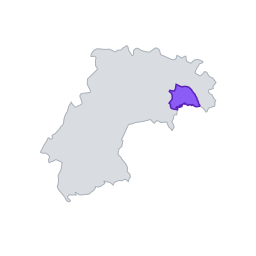 location of Macenta within Guinea, rotated 295°
{"feature_id": "GIN-5651", "entity_name": "Macenta", "entity_type": "Prefecture", "adm_level": 1, "iso_a3": "GIN", "parent_name": "Guinea", "parent_adm1": "", "projection": "mercator", "projection_center": [-9.497, 8.422], "detail": "fine", "context": "in_parent", "style": "filled", "palette": "violet", "viewbox_px": 256, "rotation_deg": 295, "n_neighbors": 0, "source": "natural_earth", "source_scale": "10m", "svg_char_len": 5156}
<svg xmlns="http://www.w3.org/2000/svg" viewBox="0 0 256 256"><g transform="rotate(295 128 128)"><path d="M155.0,165.2L153.1,165.0L152.3,165.3L149.7,168.3L148.2,169.5L145.8,169.1L145.0,169.3L144.3,169.0L145.2,167.4L146.4,164.1L149.6,160.8L149.6,160.1L148.3,158.2L147.0,155.6L147.0,152.7L146.7,150.7L144.0,150.1L143.5,149.8L143.4,149.1L144.9,145.6L145.1,144.9L144.9,144.3L143.2,142.5L140.5,139.1L136.0,132.3L134.3,130.9L132.6,128.8L132.0,127.5L130.3,127.0L114.4,127.1L114.1,128.9L108.6,130.1L105.2,128.7L101.5,129.5L99.7,130.4L98.2,134.4L97.4,135.2L96.6,137.0L95.9,138.0L95.1,140.0L93.3,142.8L91.4,144.6L88.2,145.6L87.2,148.5L86.5,149.6L85.3,150.4L84.0,151.0L81.4,150.4L79.9,151.0L79.6,150.2L80.5,147.9L79.8,146.7L77.3,144.3L77.1,143.1L76.3,141.6L73.0,138.5L69.9,138.7L70.8,136.0L70.8,132.6L69.7,130.7L70.0,128.7L69.4,128.8L68.4,130.2L66.7,129.8L63.4,127.7L61.7,125.7L61.5,124.0L61.1,123.3L60.1,123.7L58.0,123.6L51.6,120.6L47.0,112.9L46.9,111.2L47.6,108.2L47.4,107.4L45.3,109.4L44.9,108.1L43.3,105.0L42.9,103.2L41.3,102.5L40.1,102.3L39.1,102.9L37.9,106.5L37.0,106.5L36.0,105.7L36.2,103.0L38.7,99.7L42.8,91.2L44.3,89.2L45.2,88.6L47.1,88.5L50.9,87.3L55.6,84.7L59.2,84.9L63.4,84.6L68.9,82.8L69.0,77.0L68.8,75.8L66.8,74.6L65.7,73.6L64.7,72.4L63.5,71.5L63.6,70.5L66.0,69.3L68.2,69.3L69.0,68.8L69.5,68.0L70.2,66.0L70.4,63.8L68.9,60.9L69.0,58.8L77.1,59.1L81.5,59.7L85.1,59.8L85.7,60.3L85.2,62.3L85.7,63.5L86.9,63.8L88.9,62.4L90.0,62.7L92.3,64.5L94.4,65.0L96.7,65.9L98.8,66.4L100.8,66.4L102.2,67.3L104.9,67.6L108.4,66.4L111.1,65.8L115.0,65.7L117.0,66.1L122.8,65.1L127.4,65.7L126.7,66.4L124.6,70.9L124.8,71.8L129.5,75.6L130.6,75.9L131.9,75.4L133.9,73.6L135.5,71.7L137.0,70.7L138.8,70.8L140.2,72.1L143.6,77.9L144.4,78.6L145.2,78.6L146.7,77.5L147.4,76.3L150.5,72.5L155.3,70.6L166.6,74.9L168.3,75.3L169.2,74.9L170.6,72.4L174.9,70.2L177.0,69.6L178.1,69.5L178.6,68.8L178.8,67.7L178.6,66.7L177.3,64.7L177.2,64.1L178.0,63.8L179.6,63.5L181.7,63.7L184.1,64.5L186.0,65.7L187.1,67.2L189.2,73.2L191.6,78.0L191.5,84.4L192.6,85.0L193.7,85.3L194.3,85.8L195.4,88.4L196.5,89.1L197.9,89.3L200.3,91.0L201.9,91.7L202.1,92.2L202.0,92.9L201.4,93.7L199.1,95.5L197.9,97.0L195.5,100.6L195.4,101.3L195.9,101.7L196.9,101.8L198.0,101.6L200.2,100.3L202.0,100.7L203.6,101.7L204.2,102.8L204.4,104.1L204.0,105.9L204.0,107.9L204.5,111.2L205.4,114.6L206.3,115.8L211.9,118.7L212.4,119.8L212.7,121.1L212.3,122.8L211.7,123.7L208.6,126.3L208.2,127.6L208.4,129.9L208.6,139.7L209.8,141.3L211.3,142.2L214.6,141.7L214.5,144.4L214.1,147.4L216.1,148.4L217.1,149.3L217.6,150.2L214.5,151.8L213.6,152.7L213.2,155.3L213.3,157.6L217.4,159.3L219.1,161.2L219.8,163.3L220.0,167.1L219.6,168.0L218.6,168.0L216.5,165.7L213.2,165.4L210.8,165.0L206.8,165.3L206.1,166.0L205.7,171.1L206.6,171.9L208.5,172.9L209.8,173.3L210.8,173.2L211.6,173.8L211.8,175.5L211.3,176.7L210.2,177.8L208.9,180.8L209.2,183.5L206.9,187.8L206.3,188.6L203.3,187.8L201.3,187.5L199.9,188.6L198.0,186.9L197.6,185.6L196.9,185.3L195.6,185.3L194.4,186.1L193.8,187.4L193.6,190.2L191.4,192.8L189.8,196.0L188.1,195.7L187.7,196.1L185.8,197.0L184.1,197.2L183.7,196.3L182.8,195.6L181.7,194.3L180.5,193.1L178.2,192.4L177.3,192.7L176.2,192.6L175.5,192.2L175.6,191.5L176.8,189.8L177.5,188.2L177.9,186.5L177.9,184.9L177.2,182.6L176.2,180.8L175.9,179.8L176.1,178.3L175.8,176.9L175.5,176.1L175.0,173.5L174.4,173.0L174.0,170.9L174.1,168.7L173.3,167.9L171.8,167.3L171.0,166.5L170.5,165.5L170.0,165.2L169.6,165.3L169.2,165.9L168.7,166.0L167.9,164.0L167.6,163.9L167.0,164.4L160.5,166.6L159.7,164.7L158.4,164.3L156.3,165.1L155.0,165.2Z" fill="#d9dde1" stroke="#a8b0b8" stroke-width="1"/><path d="M169.1,166.5L168.7,166.1L168.4,165.6L168.3,165.2L168.2,164.0L168.0,163.6L167.8,163.3L167.3,163.2L167.4,163.5L167.2,163.7L167.1,163.9L166.9,164.1L166.9,164.3L167.0,164.5L166.9,164.7L166.3,164.9L165.9,165.1L165.6,165.2L165.4,164.9L164.1,160.0L164.4,158.4L165.2,157.6L166.1,157.0L167.3,156.6L167.6,155.8L167.9,154.7L172.3,155.7L172.7,155.7L173.4,155.6L174.0,155.4L176.6,154.0L178.0,152.4L178.3,150.7L178.7,149.9L179.9,150.1L180.3,152.2L181.1,154.3L183.4,154.5L187.9,153.2L187.9,158.6L188.3,159.8L189.5,161.4L190.3,163.6L190.7,165.8L190.2,167.4L189.7,168.9L189.3,169.9L188.6,170.5L187.4,172.9L186.8,174.6L185.8,175.4L185.3,176.1L184.9,176.8L184.4,177.6L183.8,178.0L182.7,178.9L182.2,179.9L180.4,181.5L179.5,182.2L178.9,183.6L178.4,183.5L177.9,183.6L177.6,183.1L177.4,182.7L176.7,181.9L176.1,180.8L175.9,179.8L175.9,178.7L176.3,177.6L176.5,177.3L176.5,177.1L176.5,176.8L176.4,176.5L176.1,176.2L175.8,176.2L175.5,176.4L175.2,176.7L175.3,176.4L175.5,176.0L175.6,175.7L175.1,173.9L175.1,173.6L175.1,173.3L174.8,173.2L174.2,173.0L173.8,172.8L173.8,172.1L174.0,171.4L174.2,171.0L174.3,170.9L174.3,170.6L174.2,170.5L174.1,170.3L174.0,170.0L173.8,169.7L173.6,169.5L173.9,169.2L174.0,169.1L174.3,169.0L174.6,168.8L174.5,168.7L174.3,168.5L173.9,168.2L172.6,167.7L172.3,167.2L172.1,167.1L171.9,167.3L171.8,167.5L171.6,167.5L171.4,167.6L171.2,167.6L170.8,167.6L170.4,167.6L170.2,167.6L170.2,167.1L170.4,166.8L170.8,166.6L171.0,166.3L170.8,165.7L170.5,165.4L170.0,165.2L169.5,165.2L169.2,165.5L169.2,166.0L169.1,166.4L169.1,166.5Z" fill="#8b5cf6" stroke="#5b21b6" stroke-width="1.5"/></g></svg>